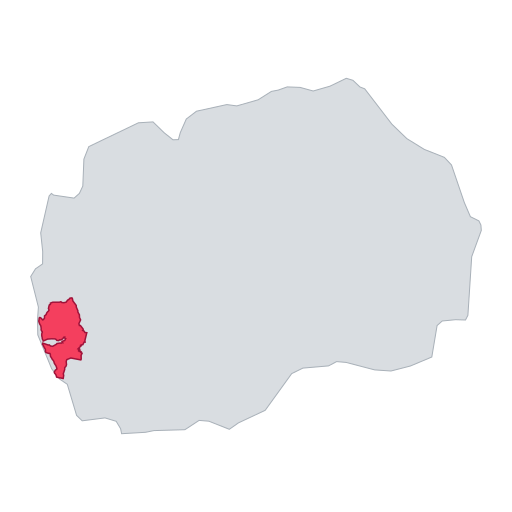 Struga, Struga, North Macedonia (highlighted)
{"feature_id": "65306769B59831193355348", "entity_name": "Struga", "entity_type": "district", "adm_level": 2, "iso_a3": "MKD", "parent_name": "North Macedonia", "parent_adm1": "Struga", "projection": "mercator", "projection_center": [20.597, 41.258], "detail": "fine", "context": "in_parent", "style": "filled", "palette": "rose", "viewbox_px": 512, "rotation_deg": 0, "n_neighbors": 0, "source": "geoboundaries", "source_scale": "gbopen_adm2", "svg_char_len": 3400}
<svg xmlns="http://www.w3.org/2000/svg" viewBox="0 0 512 512"><path d="M227.0,104.6L236.8,105.9L258.1,99.8L271.4,91.4L278.2,90.1L287.2,86.9L300.1,87.4L313.2,91.0L329.9,86.2L346.3,78.3L352.9,80.3L360.0,87.0L364.7,88.8L391.9,124.2L406.8,138.6L424.3,149.4L444.4,157.4L451.5,165.0L464.3,202.5L470.4,216.7L478.9,220.9L480.9,225.0L481.3,230.4L471.7,256.7L467.9,315.3L465.5,320.0L455.5,319.7L442.2,321.0L437.1,325.5L431.8,357.0L410.4,366.0L391.0,371.0L374.7,369.9L346.0,362.4L336.6,361.6L328.5,365.9L302.9,368.1L291.7,373.6L265.2,410.3L238.4,422.9L229.3,429.3L208.9,421.2L199.1,420.4L184.9,429.7L153.9,430.6L145.5,432.3L121.6,433.7L120.6,428.7L116.2,421.3L105.0,417.9L82.2,420.8L76.6,415.4L67.3,384.3L59.9,379.3L51.7,368.8L37.8,334.9L37.5,320.0L38.4,307.1L30.7,276.5L35.5,268.8L42.6,263.9L42.7,251.6L40.7,232.9L49.1,196.0L51.4,193.4L53.6,195.1L74.1,198.1L79.4,193.4L82.8,186.1L83.9,159.1L88.8,146.6L138.4,122.8L153.0,121.9L164.2,132.8L173.0,139.8L178.4,139.6L180.3,132.6L186.3,119.0L196.5,111.2L226.7,104.6L227.0,104.6Z" fill="#d9dde1" stroke="#a8b0b8" stroke-width="1"/><path d="M42.8,343.1L42.7,343.4L42.5,344.3L43.3,345.4L43.9,346.9L44.7,348.2L45.1,348.9L45.3,349.1L45.4,349.7L45.5,350.3L45.4,350.7L45.3,350.9L45.4,351.3L45.7,352.2L46.7,352.8L48.1,353.2L49.5,353.6L49.7,353.4L50.0,353.5L50.3,354.2L50.4,354.9L50.3,355.3L50.6,356.6L51.2,357.4L51.7,358.2L52.1,359.1L53.1,360.3L53.8,361.3L54.3,363.2L55.2,364.7L55.7,365.3L55.8,365.5L56.3,366.6L56.6,367.6L56.8,368.4L56.9,368.8L56.9,369.0L56.4,369.4L55.3,370.2L54.4,371.9L54.3,372.0L54.3,372.4L54.6,373.2L54.7,373.3L55.5,374.2L55.7,374.5L56.0,375.1L56.2,375.7L56.4,376.3L56.5,376.8L56.6,377.1L58.9,377.7L59.7,377.9L61.0,378.0L62.2,378.3L62.9,378.5L63.2,378.5L63.7,375.4L63.3,373.7L64.7,369.5L64.7,367.6L65.9,366.4L66.5,364.7L66.2,361.5L66.8,359.6L70.8,358.0L80.8,359.9L81.2,359.1L81.1,355.4L82.1,353.2L80.7,352.3L80.4,351.9L80.7,351.6L79.3,351.4L79.9,350.3L78.7,350.4L79.1,349.4L78.6,349.2L79.0,348.8L78.2,348.7L80.8,346.1L80.6,345.6L81.2,345.6L81.2,344.9L82.8,344.7L84.1,342.1L85.1,342.1L84.9,340.5L86.8,332.7L84.9,332.5L84.1,331.1L82.8,330.5L83.3,330.1L83.0,328.8L80.4,325.5L79.4,325.5L78.9,323.6L80.6,319.9L79.5,317.5L79.4,314.8L77.8,311.9L77.9,310.8L76.3,307.1L76.2,305.4L72.9,301.0L72.3,298.2L71.8,297.9L70.0,298.1L68.7,299.6L67.6,300.1L66.1,302.2L63.8,302.7L61.7,302.5L60.9,301.7L59.5,302.2L53.2,302.2L52.8,302.2L50.4,303.1L50.4,303.6L50.4,304.4L50.3,304.5L50.1,304.6L49.4,304.8L49.1,305.7L49.0,305.9L48.8,306.8L48.6,307.8L48.4,308.3L48.9,309.8L48.9,310.1L48.9,310.3L48.8,310.5L48.4,311.1L47.6,311.8L47.2,312.3L46.7,313.0L46.5,313.4L46.3,314.3L45.6,315.1L45.4,315.2L44.5,315.9L44.5,317.2L44.5,318.0L44.3,318.4L43.5,319.4L43.3,319.6L43.2,319.7L43.0,319.8L42.6,319.9L42.0,319.1L41.3,318.4L40.8,317.9L40.2,317.6L39.7,317.5L39.4,317.7L39.2,318.2L39.0,320.1L38.8,320.9L38.9,321.7L39.5,323.5L39.7,324.0L40.2,324.8L40.7,325.6L41.0,326.9L41.2,328.8L41.1,329.7L41.3,330.3L41.7,331.1L42.2,331.6L42.3,332.4L41.9,333.1L41.7,335.0L41.9,336.5L42.2,337.6L42.3,338.8L42.4,339.0L42.5,339.3L42.9,340.0L43.3,340.9L43.3,341.0L47.5,339.1L51.6,338.8L54.9,338.9L55.9,339.3L56.8,340.4L58.7,340.6L59.5,339.8L60.2,340.0L62.6,339.0L63.8,337.2L64.7,337.1L64.5,338.0L65.7,338.6L64.7,340.5L62.0,341.4L62.7,342.7L61.9,342.7L61.0,343.3L60.6,343.0L56.9,343.5L56.5,344.2L52.7,346.3L50.5,346.0L49.3,344.9L48.2,345.0L42.8,343.1Z" fill="#f43f5e" stroke="#9f1239" stroke-width="1.5"/></svg>